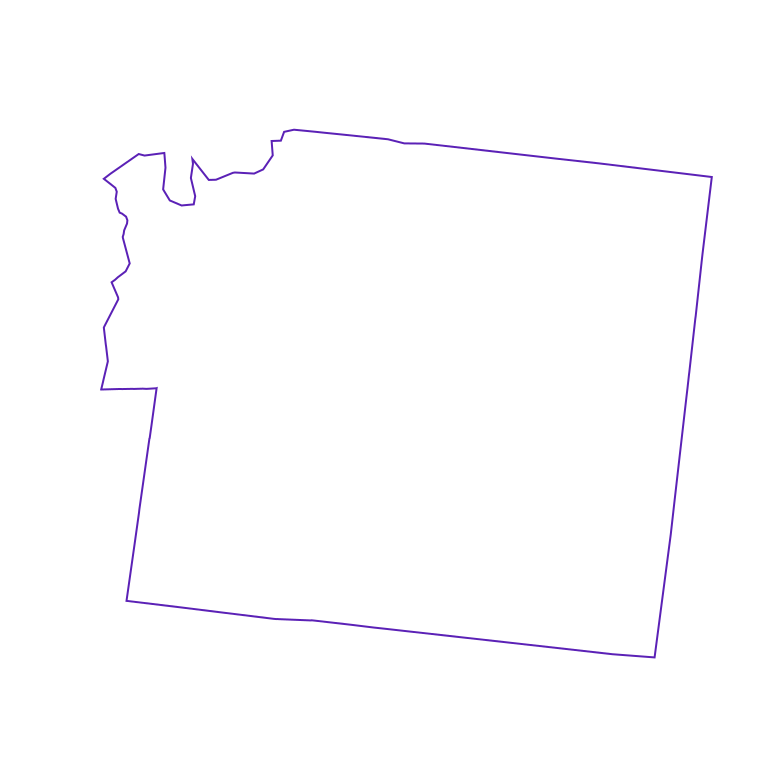 outline of Providence, Rhode Island, United States of America, rotated 188°
{"feature_id": "52423323B73822827864171", "entity_name": "Providence", "entity_type": "district", "adm_level": 2, "iso_a3": "USA", "parent_name": "United States of America", "parent_adm1": "Rhode Island", "projection": "albers", "projection_center": [-71.447, 41.872], "detail": "fine", "context": "isolated", "style": "outline", "palette": "violet", "viewbox_px": 768, "rotation_deg": 188, "n_neighbors": 0, "source": "geoboundaries", "source_scale": "gbopen_adm2", "svg_char_len": 1618}
<svg xmlns="http://www.w3.org/2000/svg" viewBox="0 0 768 768"><g transform="rotate(188 384 384)"><path d="M605.1,580.2L603.8,575.4L603.9,563.4L603.9,561.1L597.1,543.7L597.4,535.4L607.7,533.0L609.2,532.6L621.5,535.9L621.7,536.0L628.3,544.1L629.8,546.0L630.5,567.8L633.2,580.1L633.7,582.2L652.9,576.9L658.9,577.6L671.3,566.1L681.4,556.7L684.0,554.3L690.0,548.2L677.3,540.8L675.4,537.2L675.5,530.0L671.8,520.6L669.6,516.9L667.2,516.3L662.7,513.8L660.9,510.4L660.8,507.1L661.6,504.1L662.7,499.9L662.7,496.3L663.2,493.3L662.8,492.1L652.6,468.0L655.5,459.6L662.3,452.8L664.8,449.8L667.9,446.8L659.4,432.8L658.9,430.9L668.7,402.8L669.3,400.9L665.0,384.4L664.4,382.4L660.6,368.0L662.5,347.8L662.5,347.4L663.3,339.2L663.2,339.2L662.0,339.4L645.5,342.2L643.1,342.5L642.9,342.5L633.0,344.1L630.2,344.4L629.3,344.6L622.2,345.8L618.6,346.1L615.1,346.8L608.8,348.1L608.6,348.2L608.6,347.2L608.5,311.5L608.5,311.2L608.5,297.7L608.7,297.4L608.8,225.8L608.7,222.5L608.7,191.1L608.8,133.4L554.2,134.5L511.4,135.2L460.3,136.1L458.3,136.2L457.0,136.4L455.5,136.5L423.4,139.7L423.1,139.9L421.1,140.0L382.6,141.0L360.4,141.4L347.8,141.8L322.5,142.5L273.5,143.9L228.4,145.2L120.2,148.2L78.0,150.9L79.1,275.1L80.0,307.9L82.7,413.6L82.9,422.6L83.3,436.4L83.3,438.0L84.8,491.8L84.8,494.7L86.5,550.3L86.7,557.5L88.2,634.6L201.9,632.4L242.9,631.2L377.5,627.7L397.4,625.1L414.1,626.9L460.6,625.2L478.4,624.5L487.2,624.2L508.1,623.3L508.5,623.3L518.0,619.8L520.0,610.6L529.1,609.0L526.0,594.9L533.5,579.7L541.9,574.3L561.1,572.7L563.0,572.1L578.8,562.9L585.9,561.7L604.9,580.0L605.1,580.2Z" fill="none" stroke="#5b21b6" stroke-width="2"/></g></svg>